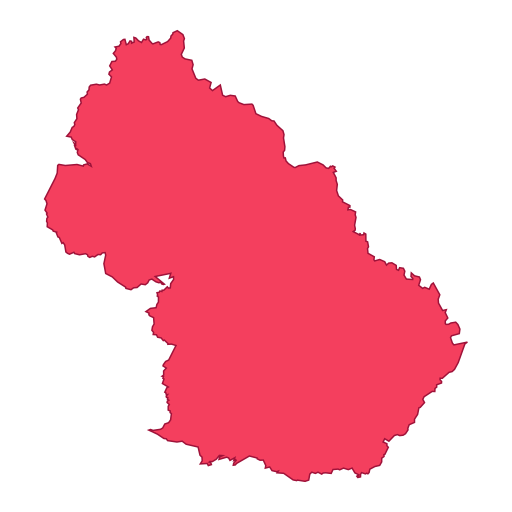 Autlán de Navarro, Jalisco, Mexico
{"feature_id": "50627088B11139990760987", "entity_name": "Autlán de Navarro", "entity_type": "district", "adm_level": 2, "iso_a3": "MEX", "parent_name": "Mexico", "parent_adm1": "Jalisco", "projection": "orthographic", "projection_center": [-104.329, 19.757], "detail": "fine", "context": "isolated", "style": "filled", "palette": "rose", "viewbox_px": 512, "rotation_deg": 0, "n_neighbors": 0, "source": "geoboundaries", "source_scale": "gbopen_adm2", "svg_char_len": 5957}
<svg xmlns="http://www.w3.org/2000/svg" viewBox="0 0 512 512"><path d="M177.3,30.7L173.0,32.7L172.8,34.1L171.0,36.0L170.7,38.1L167.6,41.6L161.5,44.6L160.2,44.5L159.8,42.6L158.2,41.9L152.9,43.9L152.0,43.4L149.1,40.1L148.5,36.7L147.1,36.6L146.3,37.4L146.7,39.3L145.8,39.9L143.5,39.2L141.5,42.5L138.5,40.8L135.8,38.0L133.9,37.4L134.2,42.0L131.6,43.2L131.6,41.3L130.0,40.9L128.2,43.8L126.3,44.7L124.9,39.3L123.4,39.5L120.5,41.8L120.9,43.6L119.0,46.2L115.0,47.0L116.2,48.4L115.5,50.8L113.3,53.4L116.4,57.2L116.8,59.2L115.4,61.2L111.9,61.5L109.7,65.9L112.3,69.9L109.5,72.0L108.9,74.2L111.5,76.9L109.7,83.1L106.6,85.0L104.4,84.1L99.6,85.0L96.4,84.2L90.6,85.2L89.2,87.0L89.0,89.8L87.1,92.0L87.4,94.2L84.0,97.3L81.2,98.0L80.4,99.2L81.2,103.0L77.7,108.0L78.5,109.7L76.6,114.5L76.9,118.7L74.3,122.7L74.8,124.5L73.9,126.4L72.2,127.4L70.2,132.1L66.7,136.2L71.2,137.1L72.3,139.6L75.8,141.8L75.6,144.0L74.0,143.0L75.1,145.1L76.3,145.6L74.6,145.6L75.8,149.1L76.5,149.5L76.8,148.7L78.0,149.6L77.3,152.5L78.2,154.8L85.2,159.5L87.4,162.5L90.4,163.6L91.3,166.3L87.2,163.9L83.6,164.9L83.3,166.1L77.0,164.5L65.3,165.5L58.9,164.4L57.7,165.4L57.2,173.1L55.0,178.6L44.6,199.0L46.0,200.5L47.0,203.8L45.0,210.1L47.1,213.1L46.5,214.0L47.9,217.1L46.9,218.4L46.6,221.4L47.4,222.8L47.2,226.7L52.7,229.9L53.2,231.1L56.7,232.2L56.3,232.8L57.9,236.9L59.3,237.5L61.9,243.4L63.1,242.6L64.7,244.9L65.9,252.0L67.5,253.3L69.5,254.2L73.9,252.3L74.7,253.6L79.5,254.8L85.5,253.7L87.5,254.7L87.9,256.3L89.7,257.4L92.3,256.3L94.6,256.9L98.0,254.5L100.6,254.7L102.3,252.9L105.1,252.6L105.7,255.1L103.9,263.7L105.7,273.5L112.3,276.9L117.6,282.0L125.6,287.1L125.9,288.4L131.0,289.7L133.6,287.8L137.1,287.5L141.1,284.0L145.3,284.7L147.7,282.8L149.2,279.9L151.9,279.1L155.9,281.8L159.0,282.8L160.4,282.0L161.8,284.0L163.4,284.5L164.4,284.2L155.2,276.5L170.8,273.3L169.3,278.2L173.5,276.7L173.6,279.5L170.7,283.6L170.3,287.9L168.4,288.1L167.3,286.8L163.7,290.3L162.1,290.2L161.9,291.5L159.9,291.0L159.2,292.3L157.0,292.7L157.7,295.3L157.2,296.0L158.5,297.1L158.4,302.2L156.9,304.4L156.1,307.7L150.4,308.4L145.9,311.6L149.0,313.1L148.9,314.8L149.9,315.9L153.6,317.6L154.1,324.0L152.5,326.7L151.9,330.3L153.6,332.4L153.2,334.5L156.5,334.8L157.6,337.2L161.1,337.9L163.3,340.6L164.4,340.1L168.0,343.6L167.9,344.3L171.5,344.1L176.0,345.5L168.7,360.0L165.6,361.5L163.4,364.6L163.0,365.9L166.3,368.1L163.6,371.0L163.7,375.0L162.1,376.2L163.5,376.6L162.9,378.3L164.0,379.0L162.4,383.5L168.3,387.0L166.8,387.8L164.8,392.2L165.7,392.6L166.4,394.8L167.5,394.6L166.2,396.2L166.5,397.4L167.8,397.6L167.5,399.4L168.8,400.2L167.3,401.2L167.1,402.5L169.3,404.5L168.2,406.3L168.2,410.1L170.2,411.0L170.1,412.6L171.4,413.6L170.6,419.9L168.6,422.7L164.8,424.0L162.7,428.0L160.5,429.3L153.1,430.4L150.5,429.5L148.8,430.1L157.5,434.2L163.9,438.5L166.3,438.8L167.6,440.6L176.9,442.0L182.2,441.2L186.1,444.2L198.1,447.0L200.0,455.2L202.0,457.1L202.2,460.8L200.3,463.9L207.2,463.5L208.3,465.6L211.4,464.6L210.7,462.6L209.2,462.1L210.0,461.4L212.3,461.6L216.3,459.2L219.4,455.4L222.6,455.6L219.7,457.0L219.0,459.4L226.6,457.2L228.6,457.9L230.0,460.4L234.8,457.7L233.8,460.5L235.6,459.6L236.2,460.3L233.7,463.1L233.3,465.2L235.3,464.9L236.6,463.4L249.4,456.0L257.1,458.0L257.2,458.8L260.0,460.2L263.3,460.1L265.8,465.6L265.3,468.1L269.7,467.0L272.0,470.6L276.7,471.7L278.1,471.2L277.1,472.8L283.7,473.3L293.1,479.9L296.7,480.6L297.4,480.1L305.1,481.3L308.7,480.1L309.8,474.1L311.8,472.2L315.4,473.4L318.0,472.2L321.7,474.1L323.2,473.0L325.7,472.8L331.2,473.4L333.0,469.5L338.1,469.1L339.7,469.8L343.5,468.1L348.3,469.6L352.1,468.1L354.9,472.9L358.9,474.8L358.6,475.8L357.9,475.4L356.8,476.2L357.8,477.5L360.5,476.9L360.6,474.2L361.6,472.6L365.4,473.9L366.6,473.2L367.9,473.8L369.1,472.5L369.8,469.2L374.9,466.5L379.7,465.4L381.7,461.9L381.7,458.2L384.0,456.5L383.9,454.6L384.9,454.3L388.3,447.3L386.9,445.7L386.9,443.7L383.1,442.0L384.7,438.7L388.9,441.2L394.4,435.5L397.4,434.6L399.7,435.6L403.1,435.2L405.5,433.7L408.0,429.9L407.8,428.3L409.2,424.7L414.5,422.4L414.5,419.2L417.6,414.4L418.9,407.8L420.2,407.4L424.5,402.6L422.8,399.3L424.1,396.7L432.2,391.4L434.8,391.5L435.0,388.4L436.7,387.1L436.6,384.8L441.5,383.0L441.6,381.5L440.0,379.7L440.1,378.2L442.3,378.3L449.1,372.3L452.1,371.6L454.5,369.4L458.2,362.6L464.9,343.9L467.4,342.1L453.9,344.9L452.4,343.1L450.5,337.6L451.5,335.8L459.3,333.6L459.9,329.1L457.9,324.5L455.7,322.2L450.8,323.0L448.6,324.3L446.0,324.4L445.3,323.6L445.3,320.9L447.8,318.0L445.2,312.6L446.3,309.7L442.6,310.5L438.5,303.1L438.2,299.2L439.8,294.8L433.3,283.0L431.4,284.4L429.2,289.2L424.7,287.3L422.7,288.4L418.7,285.3L420.5,279.7L419.4,277.0L414.5,275.8L411.3,272.9L411.0,276.5L412.8,278.4L412.7,279.5L406.4,279.1L404.0,275.1L404.8,271.2L403.4,268.3L399.6,267.7L398.5,270.3L396.5,269.4L396.2,265.4L391.9,262.8L388.7,263.1L386.5,265.1L384.7,261.7L379.7,259.5L374.7,260.9L373.9,259.7L374.3,256.8L368.0,253.3L367.5,248.5L368.5,246.8L367.6,241.8L365.9,241.2L365.8,234.1L364.0,233.0L363.7,234.7L359.8,235.1L360.4,233.2L359.0,234.6L353.2,231.6L355.1,230.2L355.3,228.8L354.6,225.2L356.0,217.4L355.2,214.8L355.6,211.9L350.4,209.5L347.9,209.8L348.4,207.2L349.9,207.1L349.9,205.6L342.5,201.8L342.7,200.0L338.4,195.9L336.6,190.5L337.3,184.4L336.1,180.5L336.1,177.8L333.3,172.4L336.3,171.3L334.1,168.3L335.0,167.1L332.7,165.9L331.1,166.8L330.4,166.3L328.6,168.4L326.1,167.9L323.1,164.9L317.3,162.0L305.6,164.9L299.0,165.6L295.3,167.5L294.0,167.4L288.4,163.6L286.0,160.9L285.3,157.9L283.9,157.9L283.4,155.7L283.2,152.1L284.6,150.3L284.9,146.7L283.5,138.0L284.0,134.6L282.9,130.7L276.9,125.3L274.0,121.0L271.8,120.8L268.7,118.5L261.5,116.4L255.9,113.7L253.1,105.3L251.9,104.1L243.9,104.6L239.0,102.7L237.7,101.5L235.2,96.0L230.3,95.3L225.6,96.7L222.6,95.2L220.3,85.0L212.5,90.6L209.6,88.0L211.1,82.5L204.8,79.0L198.4,80.2L195.8,78.3L192.0,68.9L193.1,64.7L191.8,60.3L185.0,58.9L182.3,57.1L181.3,54.4L184.3,48.0L183.6,41.0L184.4,38.6L182.9,34.6L177.3,30.7Z" fill="#f43f5e" stroke="#9f1239" stroke-width="1.5"/></svg>